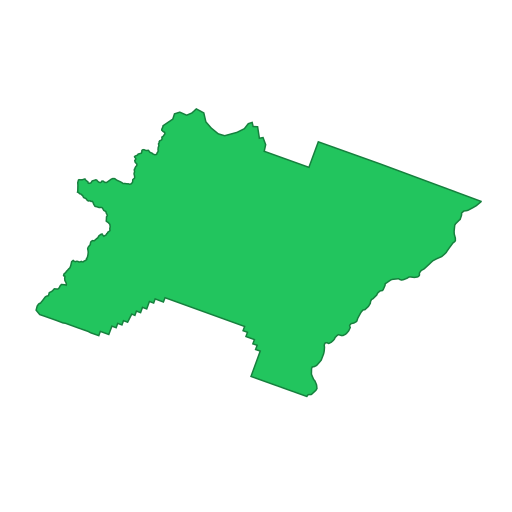 Baker, Oregon, United States of America (Mercator projection), rotated 20°
{"feature_id": "52423323B10863123109604", "entity_name": "Baker", "entity_type": "district", "adm_level": 2, "iso_a3": "USA", "parent_name": "United States of America", "parent_adm1": "Oregon", "projection": "mercator", "projection_center": [-117.935, 44.668], "detail": "fine", "context": "isolated", "style": "filled", "palette": "green", "viewbox_px": 512, "rotation_deg": 20, "n_neighbors": 0, "source": "geoboundaries", "source_scale": "gbopen_adm2", "svg_char_len": 5568}
<svg xmlns="http://www.w3.org/2000/svg" viewBox="0 0 512 512"><g transform="rotate(20 256 256)"><path d="M126.9,384.7L135.5,384.6L135.5,380.1L144.5,380.1L144.6,371.2L149.1,371.2L149.1,366.6L153.6,366.6L153.6,362.1L158.0,362.1L159.1,353.1L162.5,353.2L162.5,348.7L166.9,348.7L166.9,343.1L171.4,343.1L171.4,335.2L175.9,335.2L175.9,330.8L184.7,330.9L184.8,326.3L269.4,326.1L269.4,330.6L274.1,330.6L274.1,335.1L283.1,335.1L283.1,339.6L287.6,339.5L287.6,344.0L292.5,343.9L292.5,370.9L351.8,370.6L352.3,368.8L352.5,368.5L352.9,368.2L355.1,367.4L355.5,367.0L358.0,362.2L358.2,361.8L358.5,360.2L358.6,359.7L357.1,356.6L356.9,356.3L354.7,353.9L353.9,353.1L352.5,352.4L350.1,349.9L348.5,348.1L346.7,342.8L346.8,341.0L348.5,340.1L350.3,338.2L350.6,337.6L352.2,333.5L352.9,331.5L353.0,325.0L352.8,323.2L352.5,321.6L351.5,318.1L350.8,317.0L350.6,315.9L350.5,315.3L350.7,314.3L350.9,313.9L352.6,313.1L353.8,313.4L354.3,313.3L356.2,311.3L357.5,308.9L357.9,307.8L358.2,306.7L358.1,305.8L358.6,304.7L359.5,302.8L360.4,301.7L363.6,301.5L364.9,301.0L366.9,298.9L367.6,297.6L368.7,294.6L369.0,291.0L367.8,289.5L367.8,288.8L368.3,287.4L369.1,286.6L370.0,286.1L371.0,285.4L372.7,283.4L373.0,282.7L372.9,279.6L373.9,273.1L374.5,271.4L375.2,269.9L376.7,269.2L378.9,264.9L379.6,261.4L379.2,259.7L379.4,257.4L380.5,256.2L382.8,251.4L382.8,250.6L383.1,248.9L384.7,246.2L386.5,245.3L387.0,244.3L387.3,239.6L386.9,237.9L390.9,232.3L392.2,231.3L397.7,228.6L399.4,228.9L401.0,228.8L402.5,227.9L403.7,226.9L405.7,225.1L406.7,223.7L407.2,223.3L408.1,222.9L412.1,222.0L414.8,220.5L415.2,220.2L415.9,219.1L416.1,218.3L416.1,217.9L415.6,216.8L415.4,216.1L415.5,215.5L416.0,213.6L416.7,212.5L418.4,210.6L421.7,204.2L422.7,202.1L423.8,200.0L426.6,196.9L430.7,193.0L432.5,189.8L433.5,187.7L433.9,185.8L434.9,182.1L435.8,179.1L436.6,176.4L437.7,174.7L438.0,173.9L438.1,173.4L437.2,171.0L434.8,167.6L433.9,165.5L433.7,165.0L432.2,159.0L432.6,157.3L434.9,152.4L435.3,151.9L435.2,147.6L435.0,146.6L434.5,145.5L434.5,145.3L436.0,142.6L438.5,141.3L439.6,140.5L443.3,136.4L445.8,133.4L448.8,128.2L448.8,127.7L341.6,127.0L275.5,127.4L275.4,154.6L227.9,154.8L227.0,148.1L222.1,142.3L218.9,144.2L213.3,134.0L209.0,135.3L206.7,131.8L203.5,134.3L201.5,140.4L195.9,146.3L185.4,153.7L178.7,154.1L170.2,151.1L163.0,147.1L158.0,139.4L149.6,138.2L146.8,143.6L142.7,147.4L135.2,146.9L130.8,150.3L131.0,155.8L124.1,165.4L124.3,165.9L124.2,167.0L124.3,167.8L124.1,169.0L124.4,170.0L125.2,170.3L125.9,170.7L126.8,171.0L127.6,170.9L128.0,171.3L128.4,171.8L128.6,172.7L128.3,173.3L127.9,174.9L127.8,175.4L127.0,176.2L127.1,177.1L127.6,177.7L127.6,179.0L126.9,180.0L126.1,180.7L125.9,181.7L126.3,182.3L126.0,184.0L127.0,185.5L127.0,187.5L127.6,189.7L128.2,190.8L128.2,191.7L128.0,192.1L127.8,193.1L127.9,194.1L127.5,194.8L126.3,195.4L124.8,195.5L123.1,194.9L122.6,194.9L121.9,194.9L120.5,194.7L119.6,194.1L119.2,193.7L118.7,193.5L118.3,193.7L117.2,194.3L116.0,194.5L114.3,194.4L113.3,194.9L112.9,195.3L112.7,196.0L113.0,196.7L113.1,197.9L113.1,198.6L111.6,199.7L110.4,200.5L110.1,201.7L109.3,202.5L108.2,203.5L107.9,204.3L108.6,204.9L109.6,205.4L109.9,206.1L109.6,207.2L109.4,207.7L109.7,208.3L110.2,208.6L110.4,209.2L111.0,209.6L112.2,210.0L112.9,211.0L113.0,212.1L112.5,212.9L112.2,214.4L112.5,215.4L112.1,215.8L112.1,216.5L112.3,217.0L113.0,218.1L113.2,219.0L113.1,219.7L113.4,220.7L114.3,222.0L115.0,223.3L115.2,224.7L114.6,225.4L114.1,226.4L114.8,228.9L114.0,230.9L112.9,231.8L111.5,231.8L110.1,232.3L108.0,232.7L106.3,233.4L104.9,232.9L102.7,232.6L99.7,232.4L98.6,232.2L96.8,231.6L94.9,232.2L93.7,233.3L93.1,234.2L92.4,235.2L91.0,237.3L90.2,238.2L89.3,238.3L88.8,238.6L87.6,238.2L86.6,237.9L85.5,238.4L85.3,239.5L84.6,240.3L82.9,240.4L81.2,239.7L80.3,239.1L79.2,239.3L78.8,239.7L76.4,241.5L76.2,242.2L76.0,243.4L75.6,244.0L75.0,244.5L74.4,244.6L74.2,244.9L73.3,244.8L72.7,243.8L71.0,243.3L69.5,242.7L68.9,242.1L68.2,242.6L67.8,242.9L66.8,243.7L65.2,244.4L63.6,244.8L63.2,245.3L63.4,248.0L64.4,250.3L65.6,253.8L66.4,256.2L66.4,257.0L67.5,257.1L69.0,257.8L70.3,257.7L71.5,258.3L72.3,258.4L74.0,260.0L76.5,260.2L78.6,261.5L79.8,261.6L81.3,260.8L82.4,261.2L83.4,260.6L84.8,261.5L85.3,262.4L86.6,263.5L87.3,264.1L87.8,264.4L88.8,264.3L89.9,264.1L91.3,264.2L92.7,263.9L93.8,263.3L95.1,263.3L97.4,265.2L99.7,265.6L100.7,267.0L102.3,268.4L102.4,269.4L102.1,270.3L102.5,271.5L103.0,273.1L103.3,274.4L104.7,274.9L105.5,275.0L107.8,276.2L109.0,278.4L109.2,280.1L110.1,282.1L109.4,283.3L108.5,284.5L108.7,285.4L108.1,286.1L107.9,287.5L106.8,288.8L106.3,289.5L105.5,289.1L104.7,288.6L103.5,288.5L103.5,288.2L102.7,288.8L102.2,289.7L101.5,290.7L101.2,292.4L101.1,292.9L101.0,293.5L100.4,293.9L99.7,295.4L98.7,297.1L97.7,297.3L97.0,297.5L96.0,299.0L96.0,300.5L96.4,302.0L95.9,303.2L95.3,305.2L95.3,306.6L95.7,307.4L96.3,308.3L97.1,310.0L97.7,312.5L98.0,315.0L97.6,316.5L98.1,317.2L97.2,318.6L96.2,319.6L95.5,320.7L94.5,321.0L93.7,320.8L92.6,321.8L91.6,322.2L90.5,322.0L89.4,322.2L88.3,323.1L86.6,323.1L85.7,322.7L84.7,324.4L85.0,326.6L85.2,328.4L85.2,330.7L84.4,332.2L83.7,334.1L83.1,335.2L82.8,336.8L81.8,338.2L81.8,340.1L82.4,340.5L83.2,340.3L83.6,340.8L83.8,342.3L84.8,344.4L86.5,345.9L87.5,347.3L87.6,348.4L87.0,348.3L85.8,348.5L82.9,349.3L82.2,351.0L82.0,352.9L81.7,353.9L80.9,355.0L79.5,355.3L77.7,355.8L76.6,358.5L75.5,359.9L74.3,361.1L74.5,364.2L73.6,365.0L72.9,365.4L72.0,366.5L71.5,368.1L70.9,370.1L70.5,371.4L70.0,372.7L69.6,374.2L68.8,374.5L68.1,375.6L67.5,377.9L67.9,382.1L72.8,385.0L78.6,384.9L89.7,384.8L97.5,384.9L99.9,384.4L112.5,384.4L124.2,384.3L126.9,384.7Z" fill="#22c55e" stroke="#15803d" stroke-width="1.5"/></g></svg>